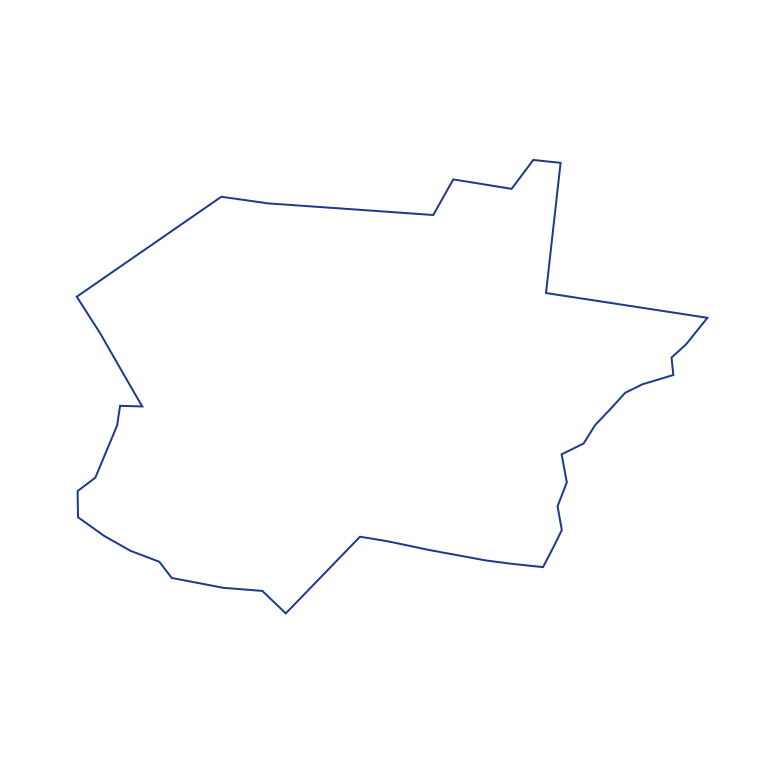 Mato Leitão, Rio Grande do Sul, Brazil (Equal Earth projection), rotated 96°
{"feature_id": "56859067B86490336750804", "entity_name": "Mato Leitão", "entity_type": "district", "adm_level": 2, "iso_a3": "BRA", "parent_name": "Brazil", "parent_adm1": "Rio Grande do Sul", "projection": "equal_earth", "projection_center": [-52.13, -29.521], "detail": "fine", "context": "isolated", "style": "outline", "palette": "blue", "viewbox_px": 768, "rotation_deg": 96, "n_neighbors": 0, "source": "geoboundaries", "source_scale": "gbopen_adm2", "svg_char_len": 726}
<svg xmlns="http://www.w3.org/2000/svg" viewBox="0 0 768 768"><g transform="rotate(96 384 384)"><path d="M357.3,127.0L344.8,97.2L327.6,100.8L313.1,87.8L284.4,69.3L276.6,232.4L145.6,231.5L145.6,259.0L176.6,277.5L173.3,336.5L210.8,352.7L216.5,518.1L214.8,565.4L329.3,698.7L363.1,671.7L396.2,647.8L416.1,633.4L431.6,622.1L433.3,644.2L453.2,645.1L480.3,653.2L507.3,661.3L522.5,677.5L548.5,674.4L564.3,646.5L576.5,618.5L584.3,588.8L599.1,574.8L603.5,522.6L602.5,483.4L622.4,457.7L538.4,391.9L540.0,364.4L544.4,321.6L548.8,264.9L549.5,237.4L549.5,206.7L528.9,198.6L510.7,191.9L487.4,198.6L462.7,191.9L435.4,200.0L422.2,179.2L402.9,169.8L382.3,154.0L367.5,143.2L357.3,127.0Z" fill="none" stroke="#1e3a8a" stroke-width="2"/></g></svg>